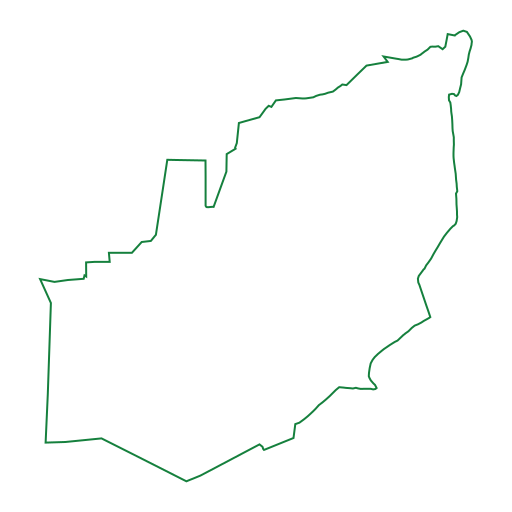 Montecristo de Guerrero, Chiapas, Mexico (Equal Earth projection)
{"feature_id": "50627088B70814550942087", "entity_name": "Montecristo de Guerrero", "entity_type": "district", "adm_level": 2, "iso_a3": "MEX", "parent_name": "Mexico", "parent_adm1": "Chiapas", "projection": "equal_earth", "projection_center": [-92.623, 15.678], "detail": "fine", "context": "isolated", "style": "outline", "palette": "green", "viewbox_px": 512, "rotation_deg": 0, "n_neighbors": 0, "source": "geoboundaries", "source_scale": "gbopen_adm2", "svg_char_len": 3283}
<svg xmlns="http://www.w3.org/2000/svg" viewBox="0 0 512 512"><path d="M47.8,394.0L45.7,440.8L45.6,442.6L65.3,442.0L101.5,438.4L131.3,453.4L186.4,481.3L189.8,479.9L193.1,478.6L200.4,475.6L259.5,444.4L262.0,446.4L262.3,446.6L262.6,447.0L263.1,448.8L264.0,449.9L264.8,449.6L282.6,442.4L293.5,438.0L295.3,424.1L299.4,422.7L304.0,419.3L305.5,418.1L307.8,416.2L310.1,414.1L313.2,411.2L315.3,409.1L318.9,405.1L322.7,402.2L325.8,399.6L329.8,396.0L333.0,392.8L335.7,390.1L339.2,387.2L343.7,387.6L346.0,387.9L350.3,388.2L352.9,388.5L355.9,387.8L358.0,388.4L360.7,388.9L364.4,388.8L367.1,388.8L370.7,388.8L373.2,389.4L375.4,389.0L376.6,388.0L375.0,384.9L373.4,383.4L372.6,382.5L370.8,380.4L369.4,377.8L368.8,376.2L368.9,374.5L369.0,372.8L369.3,370.7L369.7,368.0L370.7,363.4L371.6,361.7L372.7,359.7L374.8,357.0L377.6,354.3L378.0,353.9L382.1,350.5L384.0,349.0L390.0,344.9L394.8,341.9L397.5,340.6L403.6,334.8L404.5,334.3L405.0,333.7L408.4,331.3L411.8,327.9L414.7,325.6L418.0,324.3L421.4,322.5L423.8,320.9L426.9,319.2L429.0,318.0L429.2,317.9L430.3,317.1L428.5,311.7L426.3,305.4L421.3,290.6L420.1,287.0L419.4,284.9L418.3,282.5L417.9,278.7L418.8,275.9L420.9,273.1L423.2,270.0L423.4,269.6L424.5,268.7L426.2,265.3L428.3,262.6L431.1,258.6L433.5,254.1L435.6,250.5L437.7,247.1L439.9,243.3L441.6,240.5L444.0,236.6L447.0,232.7L449.9,229.3L450.3,228.8L452.9,226.2L454.1,225.5L455.7,223.8L456.6,221.1L457.2,217.1L457.0,214.5L457.0,211.5L456.9,210.1L456.8,208.5L456.5,204.4L456.4,198.8L456.0,193.6L457.3,191.2L456.8,186.9L456.6,183.5L456.1,179.7L455.7,173.8L454.8,167.7L454.6,166.1L454.1,162.6L453.6,158.0L453.5,155.8L453.5,153.0L453.7,147.5L453.9,144.7L453.8,140.5L453.8,137.3L453.3,134.4L452.7,131.1L452.5,128.2L452.4,124.6L452.4,124.4L452.2,120.3L451.9,116.3L451.4,113.0L451.2,111.3L451.1,109.0L450.7,105.2L450.3,102.5L449.0,100.3L448.8,97.1L449.1,94.6L449.9,94.4L452.0,93.8L454.0,94.1L455.0,95.4L456.4,96.0L457.9,94.8L459.2,92.1L460.1,88.3L461.1,84.3L461.6,77.4L463.3,73.2L464.6,70.2L466.6,64.9L467.6,61.8L468.3,58.1L468.8,54.6L469.6,51.4L470.5,48.7L471.5,44.9L471.6,43.6L471.9,41.7L471.6,40.0L470.0,36.5L466.9,31.9L463.3,30.7L459.3,32.2L459.0,32.4L455.5,34.8L455.1,35.0L454.8,35.5L447.7,34.1L446.6,40.0L445.3,46.7L444.1,47.8L442.6,49.2L438.3,46.2L435.2,46.7L432.2,46.6L430.4,46.8L430.2,47.0L428.3,48.9L427.6,49.6L424.5,51.6L423.8,52.2L423.5,52.4L423.0,52.8L421.5,53.9L420.6,54.7L417.4,56.3L416.2,56.8L413.2,57.7L412.3,58.3L407.8,59.5L405.5,59.7L401.8,59.7L398.2,59.0L396.9,58.8L394.5,58.4L387.7,57.2L383.6,56.5L387.7,61.9L366.5,65.6L356.7,75.1L356.5,75.3L346.5,85.1L342.3,84.5L340.3,86.1L338.0,87.5L335.7,89.5L332.9,91.6L328.1,92.7L325.1,93.8L322.5,94.4L320.0,94.7L316.2,95.9L313.3,97.3L305.8,98.4L302.9,98.5L295.9,98.0L284.4,99.5L275.9,100.4L271.4,106.9L268.7,105.8L265.6,108.8L264.1,110.9L261.2,114.9L259.5,117.2L244.8,121.3L238.9,123.0L238.7,124.9L236.8,143.1L235.1,147.7L235.6,148.7L226.7,154.1L226.4,171.6L213.6,206.9L212.3,206.8L208.2,207.2L206.7,207.1L206.1,206.7L205.6,205.7L205.6,177.0L205.5,160.5L176.8,160.0L167.3,159.8L162.8,189.5L155.9,234.8L154.8,236.1L150.9,240.9L150.4,241.0L141.7,242.0L131.9,252.8L108.9,252.8L109.7,261.9L94.1,261.9L86.1,262.4L86.2,276.5L84.5,275.4L83.7,278.8L67.9,280.0L54.5,281.9L40.1,279.1L50.9,303.0L47.8,394.0Z" fill="none" stroke="#15803d" stroke-width="2"/></svg>